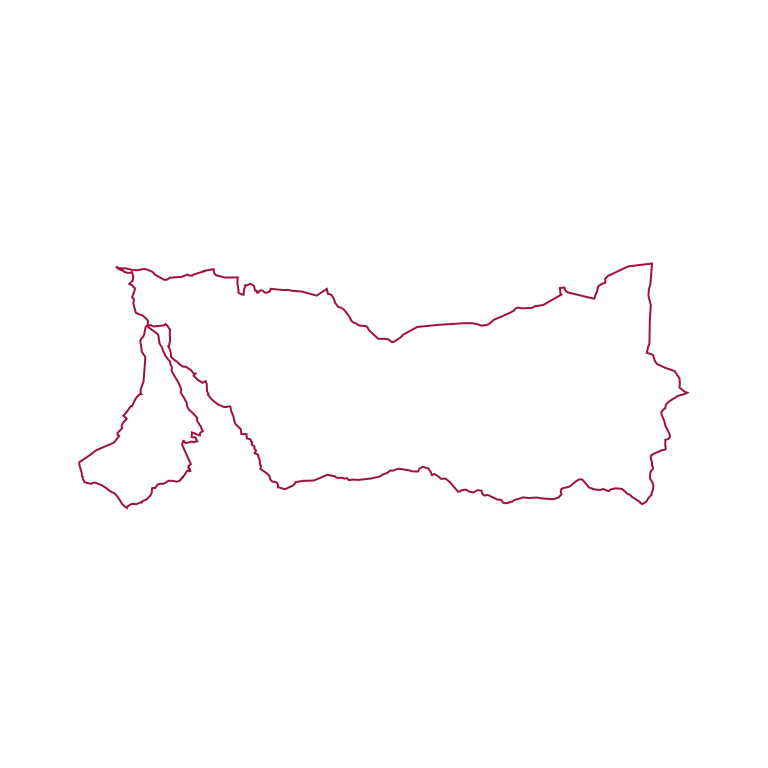 Lunca, Bihor, Romania (Robinson projection), rotated 198°
{"feature_id": "2599482B71226183129855", "entity_name": "Lunca", "entity_type": "district", "adm_level": 2, "iso_a3": "ROU", "parent_name": "Romania", "parent_adm1": "Bihor", "projection": "robinson", "projection_center": [22.434, 46.505], "detail": "fine", "context": "isolated", "style": "outline", "palette": "rose", "viewbox_px": 768, "rotation_deg": 198, "n_neighbors": 0, "source": "geoboundaries", "source_scale": "gbopen_adm2", "svg_char_len": 6148}
<svg xmlns="http://www.w3.org/2000/svg" viewBox="0 0 768 768"><g transform="rotate(198 384 384)"><path d="M675.2,412.7L671.9,411.3L666.8,411.0L665.8,410.4L661.9,410.5L659.7,411.4L658.6,412.5L657.8,412.0L655.5,408.5L654.9,404.5L655.4,404.1L657.1,400.4L653.8,400.1L652.6,399.0L650.4,398.1L650.1,395.4L650.3,388.5L648.3,387.6L647.6,386.1L647.3,383.2L642.0,375.0L634.6,374.5L630.2,372.6L628.0,371.1L627.0,366.9L628.3,364.6L627.4,356.9L627.6,354.6L628.6,353.0L629.1,350.5L628.8,348.8L626.5,344.7L624.4,339.9L619.5,336.1L618.8,334.0L613.5,312.3L613.7,303.5L612.8,300.6L611.7,299.5L612.8,299.2L614.8,295.8L615.7,293.2L616.8,285.0L617.7,284.9L618.3,283.7L620.6,276.3L622.1,273.3L618.0,271.6L620.4,265.8L620.5,262.6L619.3,261.1L622.3,255.1L621.9,253.5L619.8,252.8L622.8,244.7L637.7,231.6L641.8,225.4L649.5,215.6L649.2,213.8L643.6,205.3L642.8,203.1L641.9,202.7L641.4,201.2L638.4,198.0L631.6,198.6L628.9,200.9L621.3,200.6L614.8,198.8L612.1,197.6L606.3,196.6L601.9,194.0L595.8,188.8L590.2,186.6L589.8,188.8L587.3,191.6L585.6,192.6L582.5,193.0L579.5,195.8L577.9,196.3L577.6,196.9L577.9,197.5L573.9,201.2L571.6,206.2L571.3,208.4L572.3,213.3L569.4,214.6L568.3,218.2L566.9,219.5L563.1,220.9L560.8,223.1L559.2,225.3L554.4,226.8L551.3,226.9L548.9,228.4L547.9,229.6L548.1,230.1L547.5,230.8L547.0,233.1L546.4,233.1L544.6,240.1L543.9,241.2L542.4,240.8L541.3,241.5L542.4,242.6L542.5,243.3L544.1,243.9L543.9,244.9L544.5,245.4L542.9,248.0L557.3,263.9L557.4,267.9L556.6,268.0L555.0,266.7L553.8,266.8L549.1,269.8L547.0,269.8L543.9,271.9L545.5,273.3L546.5,274.8L550.6,274.1L551.6,278.6L543.2,278.1L543.7,280.7L541.7,283.3L543.6,284.8L544.5,286.4L550.1,291.0L551.0,292.2L551.2,294.0L556.8,297.3L561.7,299.3L563.5,301.1L565.0,303.0L565.5,304.7L569.5,308.7L574.8,313.1L575.1,316.1L579.5,321.4L589.1,329.8L590.4,331.5L590.6,333.5L591.5,335.1L593.3,336.8L594.4,339.3L596.7,340.5L600.7,343.4L604.9,347.8L606.3,350.1L609.9,353.0L613.7,360.6L615.1,361.7L625.6,365.2L625.7,366.3L624.7,368.0L620.9,367.5L611.5,371.7L610.3,373.5L608.7,372.9L604.2,369.4L603.0,364.7L600.8,359.3L600.6,355.9L600.1,354.1L600.9,353.4L597.9,350.2L595.6,346.1L595.2,344.5L594.3,343.7L590.9,342.1L587.3,341.2L584.7,339.6L581.6,338.6L579.5,338.5L578.2,339.3L571.7,337.5L568.4,335.2L566.5,335.5L567.6,333.0L563.0,330.6L557.1,329.0L554.5,331.6L552.6,329.2L550.0,322.3L547.8,320.1L548.1,319.3L542.7,316.0L538.3,314.2L535.1,313.2L529.3,312.7L527.2,313.2L524.5,314.9L523.1,315.0L520.8,310.8L517.0,306.3L514.1,301.3L512.4,299.7L506.5,296.9L504.1,292.3L499.4,293.9L497.6,289.9L494.5,290.1L493.3,289.6L492.7,288.4L491.2,287.8L491.5,286.4L490.8,285.3L488.6,285.0L487.7,284.1L487.4,282.6L485.1,281.2L485.7,278.2L481.8,277.8L480.9,275.9L478.5,272.9L477.1,269.1L475.6,268.2L475.4,265.5L475.1,264.9L468.2,263.0L465.0,261.4L464.0,260.7L463.7,259.3L461.6,257.3L459.6,256.7L457.0,257.3L454.7,256.6L453.5,255.1L453.6,254.3L452.8,252.9L451.7,253.3L445.8,253.2L439.1,259.4L437.9,261.7L437.9,263.3L431.0,266.9L421.8,270.2L419.9,271.4L409.9,280.1L402.3,281.1L401.2,280.5L399.1,280.4L394.7,281.9L392.3,281.8L390.2,283.0L387.8,281.7L384.4,283.4L378.6,284.9L366.9,290.2L359.5,294.7L356.9,297.8L353.4,300.4L351.5,303.6L348.5,304.4L346.0,306.6L343.8,308.0L333.8,309.6L329.8,309.7L324.6,311.3L324.1,314.4L321.9,317.0L320.9,317.3L315.5,317.3L312.2,314.6L310.5,312.3L309.9,312.3L308.7,313.8L308.0,313.9L303.7,312.9L300.4,311.4L296.1,313.1L290.6,310.8L280.3,304.4L278.5,305.4L277.6,306.8L274.2,308.6L272.7,308.7L270.4,308.0L265.6,308.4L262.0,312.0L258.3,312.6L256.7,310.2L255.0,309.2L253.5,309.0L251.2,310.6L240.4,309.1L238.0,309.9L236.4,309.9L234.8,308.3L233.0,307.8L229.5,309.0L228.4,310.2L225.3,312.1L224.6,313.3L222.9,314.9L220.8,316.0L216.9,319.1L211.4,320.2L203.8,323.2L199.0,323.9L187.7,326.6L183.0,329.9L181.1,334.0L182.8,336.6L182.9,338.7L181.4,340.4L176.7,343.1L175.2,344.6L171.8,350.2L169.1,353.3L168.1,354.0L165.7,354.3L156.7,348.9L151.4,348.8L145.9,349.9L142.9,351.9L137.7,351.5L136.9,351.9L135.9,353.7L131.7,356.3L125.3,357.8L118.2,354.7L115.7,354.7L113.3,353.2L104.6,351.1L103.1,349.8L101.0,349.8L98.2,353.2L97.4,356.8L95.3,361.5L95.8,362.8L95.6,367.2L96.4,370.6L97.7,372.7L101.4,376.1L102.4,377.6L103.4,383.1L102.1,385.9L102.2,387.6L103.9,389.4L105.0,392.7L106.6,394.5L107.9,397.6L107.8,398.8L105.9,401.0L99.2,406.9L96.4,408.4L96.0,409.4L97.5,412.5L99.2,417.8L96.7,419.5L95.7,422.0L97.2,424.9L103.5,431.3L105.9,435.2L110.7,440.9L111.5,443.1L110.5,446.0L109.0,447.8L109.5,450.6L109.3,451.9L107.4,455.7L100.6,463.7L95.4,467.1L92.8,469.4L96.1,469.7L101.7,471.8L102.1,472.5L102.7,475.7L104.6,480.5L111.6,486.1L121.6,486.3L130.8,487.5L133.7,489.9L137.3,494.9L143.7,494.9L144.2,500.5L144.1,504.6L151.4,528.5L154.6,541.4L159.8,549.6L161.3,555.9L161.6,561.7L166.3,581.4L188.1,571.3L204.2,556.1L206.2,552.5L204.7,548.8L207.1,547.2L210.3,543.4L210.0,537.3L210.4,534.7L210.3,530.5L210.6,530.0L237.6,527.9L241.0,529.3L242.1,531.5L246.4,529.7L243.9,524.1L243.0,523.8L257.0,508.3L264.5,504.6L266.4,502.4L275.9,498.6L280.6,498.0L282.2,496.4L283.2,494.0L286.3,490.5L299.2,479.1L303.0,473.1L304.7,471.8L309.3,469.6L314.2,469.7L319.2,469.0L326.5,466.6L351.2,456.8L370.0,448.5L381.2,436.7L381.7,435.0L383.8,431.9L388.0,426.8L389.6,426.4L393.6,427.8L398.3,426.9L403.4,425.2L415.1,430.6L417.3,432.8L419.2,433.5L422.9,432.5L427.0,432.0L428.3,432.8L431.7,433.0L434.4,433.9L438.1,437.6L444.4,442.0L448.7,443.4L451.5,443.2L456.4,446.8L456.5,447.8L461.1,452.2L462.6,452.6L465.2,452.4L467.8,456.8L475.3,447.3L490.9,446.5L500.4,444.2L504.5,443.8L509.0,442.2L521.1,439.5L521.2,436.7L524.2,434.4L525.8,434.2L528.3,435.3L529.7,435.2L531.3,434.0L531.7,433.0L531.5,432.2L533.1,431.7L534.0,433.3L535.3,432.9L538.2,437.3L542.0,438.0L545.1,435.3L546.5,435.1L546.2,432.4L546.4,431.0L545.1,425.5L547.0,425.2L550.6,425.8L551.6,428.7L555.0,435.5L556.0,440.2L567.7,436.2L577.2,435.5L579.5,436.8L581.0,439.0L581.6,440.6L590.2,435.9L589.9,435.6L598.0,429.9L599.6,428.5L599.9,427.7L603.2,426.9L604.8,427.4L608.9,423.7L620.5,418.9L622.8,416.0L625.4,415.2L636.2,417.4L637.6,418.6L639.9,419.3L644.7,419.6L647.6,419.3L654.0,415.9L658.1,414.8L664.4,414.3L667.0,413.7L667.7,413.0L669.4,413.1L670.8,412.4L675.2,412.7Z" fill="none" stroke="#9f1239" stroke-width="2"/></g></svg>